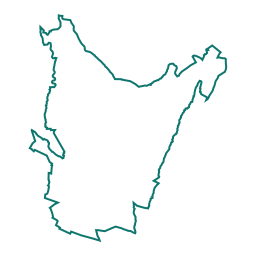 Acatzingo, Puebla, Mexico (Albers equal-area conic projection)
{"feature_id": "50627088B6514747486487", "entity_name": "Acatzingo", "entity_type": "district", "adm_level": 2, "iso_a3": "MEX", "parent_name": "Mexico", "parent_adm1": "Puebla", "projection": "albers", "projection_center": [-97.761, 19.03], "detail": "fine", "context": "isolated", "style": "outline", "palette": "teal", "viewbox_px": 256, "rotation_deg": 0, "n_neighbors": 0, "source": "geoboundaries", "source_scale": "gbopen_adm2", "svg_char_len": 5625}
<svg xmlns="http://www.w3.org/2000/svg" viewBox="0 0 256 256"><path d="M220.6,52.3L212.2,45.5L207.8,48.6L207.9,48.9L207.1,49.1L207.9,50.1L206.3,50.2L207.1,53.0L205.6,54.4L204.8,54.2L204.0,55.0L204.1,55.8L203.5,57.7L203.0,58.4L202.4,59.9L200.7,58.1L198.3,56.9L195.6,55.8L193.7,55.6L193.0,56.0L192.6,56.5L195.9,62.4L190.6,65.3L186.6,68.4L181.6,71.7L181.3,72.3L179.7,73.9L178.9,75.7L178.5,75.7L177.2,76.4L175.6,74.4L175.1,73.4L175.2,71.9L176.7,68.7L176.8,67.7L176.3,66.1L175.8,66.0L174.0,64.9L173.3,63.7L170.2,63.9L168.6,65.2L168.0,68.5L167.1,70.0L167.0,71.2L166.0,72.7L165.5,74.0L164.7,74.7L163.6,75.2L162.7,76.4L162.3,76.7L162.3,77.2L161.5,77.7L161.1,78.4L160.0,78.7L159.3,79.4L158.6,79.7L158.3,80.2L157.0,80.2L156.4,80.7L154.0,81.5L152.2,83.1L151.8,83.2L151.4,83.8L150.9,83.9L150.9,84.9L150.7,85.0L149.5,84.5L146.7,85.8L145.0,85.5L138.7,86.8L135.4,84.1L130.3,81.2L123.3,79.9L122.8,79.6L121.7,79.7L121.3,79.2L114.9,79.1L114.1,77.3L113.3,76.3L113.2,75.4L112.8,74.7L111.5,73.2L109.8,71.7L109.6,70.9L108.8,70.1L107.8,68.7L106.9,68.0L106.6,67.3L105.3,66.6L104.5,65.0L102.8,63.5L102.1,62.5L99.4,60.0L99.0,59.9L96.5,57.3L95.4,56.5L94.8,55.8L94.7,55.3L93.4,54.6L92.0,53.3L89.8,51.9L86.9,51.3L85.9,51.0L85.4,50.6L84.9,49.7L84.5,46.6L82.0,44.1L81.0,42.8L78.8,38.9L76.9,34.3L73.8,30.6L73.6,29.0L73.9,27.1L73.7,26.1L71.4,22.8L70.3,20.1L63.4,19.2L62.4,18.5L62.2,17.6L62.4,15.9L60.1,15.8L58.8,15.4L58.7,18.5L60.5,22.3L60.5,26.4L59.0,28.2L57.7,29.2L53.4,29.6L51.1,30.5L50.8,31.4L49.6,31.2L49.3,32.5L47.7,34.8L46.7,34.4L46.0,33.0L43.3,32.4L43.8,30.4L40.4,27.0L40.4,28.8L40.7,29.8L40.3,32.1L41.0,33.9L40.8,35.0L42.4,37.7L42.8,39.6L42.9,42.0L44.2,45.0L46.0,44.6L47.5,44.6L48.7,42.8L49.8,42.8L50.6,43.3L51.0,46.6L50.5,48.3L50.7,49.5L51.1,50.2L52.3,51.2L53.1,53.3L52.0,57.0L52.2,57.4L52.8,58.2L53.3,58.3L55.4,57.8L56.4,58.1L55.7,59.4L55.7,60.5L55.2,61.1L54.9,62.6L53.6,69.6L53.7,70.3L54.7,71.8L54.7,72.8L54.4,73.4L52.9,75.2L52.7,76.1L53.2,77.1L54.7,77.9L55.0,78.4L55.2,79.2L55.0,79.7L54.5,80.3L53.1,80.6L52.5,80.9L52.0,81.8L52.1,82.6L52.6,83.2L55.2,83.9L55.5,84.4L55.6,85.2L54.3,87.1L50.0,87.2L50.2,88.7L49.5,89.6L50.1,90.1L49.8,91.8L49.5,92.0L49.4,92.9L48.0,94.4L48.1,95.4L47.4,96.8L47.3,97.6L47.3,98.6L47.7,100.1L47.6,100.5L46.7,101.7L46.8,103.5L46.3,104.6L46.5,105.3L45.9,105.7L46.5,107.8L46.4,108.4L45.9,109.2L45.6,111.6L44.7,114.2L44.8,117.2L45.2,118.1L45.3,119.3L45.7,119.9L45.5,120.6L46.1,122.3L45.2,123.7L45.5,125.0L45.2,125.9L45.6,126.2L45.5,127.0L45.8,127.3L47.1,127.7L46.9,128.9L50.8,128.8L50.9,130.1L55.0,130.0L53.9,131.8L53.8,132.5L53.9,133.3L64.5,151.8L64.2,152.9L63.7,152.8L63.1,155.2L64.0,155.6L63.4,158.0L62.2,157.7L63.1,158.9L60.4,156.7L59.9,156.4L58.7,156.3L55.7,154.5L52.9,151.9L52.0,151.8L51.7,151.2L49.3,148.8L49.0,147.8L48.4,146.8L48.4,146.0L49.1,143.3L49.0,142.8L48.2,142.4L48.1,141.3L47.3,140.4L44.1,138.9L43.6,139.6L43.2,139.7L42.6,139.3L41.7,138.1L37.7,135.6L37.1,134.6L36.1,133.7L36.0,133.2L34.8,131.9L33.9,131.6L33.3,130.9L31.8,130.1L31.7,130.5L35.2,141.1L32.6,143.3L29.8,148.2L31.9,149.3L31.8,149.5L33.8,151.3L34.8,149.9L46.8,155.6L49.7,162.0L52.1,163.7L51.4,165.2L52.2,165.5L51.8,166.8L51.2,173.6L49.7,173.0L48.7,172.9L48.5,179.7L48.9,179.9L49.0,181.2L49.4,182.1L48.4,185.3L48.1,185.5L49.0,186.5L48.2,190.9L47.5,193.1L47.0,193.8L45.3,194.5L44.9,198.0L57.9,202.6L54.7,204.2L49.8,207.9L50.8,209.1L52.4,213.8L53.1,217.3L52.6,217.8L56.9,220.2L57.7,221.1L56.0,225.2L59.9,227.6L59.4,228.7L70.2,233.7L71.1,231.6L81.1,235.3L93.5,238.7L99.7,240.6L98.7,237.9L97.5,235.8L96.1,230.1L97.5,230.1L104.8,231.2L115.5,226.6L121.4,228.2L124.3,229.5L125.5,229.7L128.0,230.8L130.6,231.0L133.2,232.5L135.2,233.2L135.5,232.0L134.6,228.9L134.2,228.1L134.6,225.3L135.0,224.9L135.1,223.2L135.6,221.9L135.9,220.7L135.4,219.6L135.6,217.1L133.9,213.8L133.7,212.6L134.2,209.3L134.7,208.9L133.7,207.5L133.9,206.4L133.6,202.8L137.1,205.8L144.7,207.9L148.1,208.4L148.2,207.3L148.8,206.8L149.3,205.7L149.0,205.0L149.1,204.3L149.7,202.0L150.6,200.0L150.6,198.8L151.6,198.4L151.9,198.0L151.8,197.5L152.5,197.7L152.6,195.2L152.8,194.3L153.6,193.1L153.7,191.0L154.7,187.6L155.5,186.9L157.0,184.8L158.0,184.2L158.7,183.3L153.7,180.8L158.9,177.5L158.7,176.8L159.1,176.4L158.6,175.8L158.5,175.3L158.6,173.9L159.1,172.4L158.9,172.2L159.2,171.1L158.8,170.2L159.2,169.2L160.1,168.1L160.4,166.4L161.7,164.8L161.9,163.9L162.4,163.2L163.3,162.4L164.0,158.4L164.7,157.3L164.8,156.6L165.7,154.9L165.7,154.4L166.2,153.2L169.4,149.0L169.3,147.2L170.3,144.9L170.8,144.6L171.0,143.1L171.6,142.1L172.2,142.2L172.7,141.6L172.8,141.0L172.5,140.1L172.1,139.8L172.1,139.6L173.0,138.5L173.0,137.1L173.3,136.2L175.1,134.5L175.9,134.3L176.2,133.3L176.7,133.2L177.1,131.2L177.5,130.5L177.6,129.8L177.2,129.0L177.9,127.5L177.8,126.2L178.0,125.6L178.6,125.4L178.9,123.5L179.5,123.0L179.6,122.7L179.3,121.5L179.3,120.3L179.4,119.8L180.1,119.2L180.4,118.2L181.0,117.7L180.9,116.2L181.7,115.5L182.9,112.9L183.7,112.3L184.4,110.8L184.8,110.4L184.4,110.1L185.4,109.5L185.6,108.5L186.3,108.3L187.3,108.6L188.1,107.5L188.6,107.6L189.1,107.1L189.3,104.6L189.9,104.3L191.0,102.0L192.0,102.0L192.4,101.7L192.5,99.8L193.5,96.9L193.8,96.7L193.5,96.2L193.9,96.0L194.4,94.7L194.6,92.3L195.5,88.7L196.0,87.2L197.1,85.9L197.9,83.5L199.7,80.8L200.9,81.2L201.3,81.7L201.5,82.4L200.0,88.4L200.4,88.6L200.3,89.8L199.9,91.7L200.0,92.0L200.7,92.1L200.6,92.5L201.0,93.8L201.8,94.5L207.2,97.4L206.2,100.1L207.6,99.1L208.1,98.3L208.9,96.9L209.1,96.1L212.7,90.6L213.5,87.7L214.2,86.5L214.7,84.8L215.6,81.2L217.7,78.1L218.4,75.9L224.9,71.8L225.8,69.6L226.2,66.7L225.8,62.8L225.8,59.0L224.8,58.3L222.3,58.2L219.2,57.4L217.5,57.6L218.9,54.5L220.6,52.3Z" fill="none" stroke="#0f766e" stroke-width="2"/></svg>